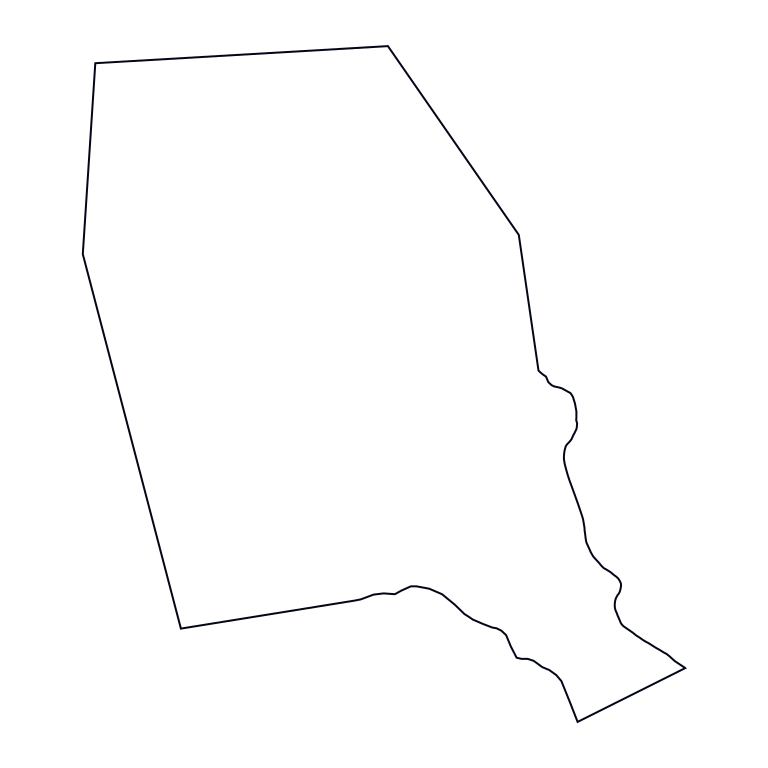 Catter Beaufond, Praslin, Saint Lucia
{"feature_id": "8701671B82105549024004", "entity_name": "Catter Beaufond", "entity_type": "district", "adm_level": 2, "iso_a3": "LCA", "parent_name": "Saint Lucia", "parent_adm1": "Praslin", "projection": "natural_earth1", "projection_center": [-60.942, 13.842], "detail": "fine", "context": "isolated", "style": "outline", "palette": "ink", "viewbox_px": 768, "rotation_deg": 0, "n_neighbors": 0, "source": "geoboundaries", "source_scale": "gbopen_adm2", "svg_char_len": 1778}
<svg xmlns="http://www.w3.org/2000/svg" viewBox="0 0 768 768"><path d="M180.9,628.6L354.6,600.6L360.7,599.4L373.6,594.6L383.7,593.4L394.9,594.2L401.4,590.6L410.9,586.3L416.3,586.3L429.2,588.7L442.0,594.2L454.6,604.5L464.4,614.0L468.8,616.8L472.9,619.6L483.1,624.0L492.2,627.5L496.6,628.3L501.4,630.7L506.1,635.1L510.9,646.6L516.6,657.7L521.7,658.9L527.8,658.9L533.6,660.8L542.4,667.2L549.2,670.0L556.3,675.1L561.4,681.1L570.2,702.9L577.6,721.9L685.2,668.1L684.4,667.4L682.3,666.1L674.9,661.2L669.3,656.1L666.5,653.9L663.8,652.5L659.6,649.9L655.7,647.7L653.5,646.3L650.4,644.3L648.3,643.0L645.8,641.7L642.5,639.7L640.2,638.0L636.0,635.3L633.1,632.9L625.3,627.5L623.3,626.1L621.6,624.2L620.6,622.6L619.4,619.5L617.7,615.7L616.7,613.0L615.4,610.0L614.9,607.8L614.7,604.7L614.9,602.7L615.2,600.6L615.9,598.2L617.5,595.2L618.6,593.9L619.7,591.9L620.5,589.1L621.0,586.1L621.0,584.2L620.6,582.6L619.0,579.6L618.0,578.3L616.4,576.8L613.7,574.8L610.6,572.2L605.8,569.2L604.0,568.3L602.6,567.0L600.7,565.0L599.3,563.2L597.3,561.0L595.6,559.2L593.1,556.3L590.8,552.3L588.8,547.7L588.1,546.3L586.8,543.4L586.2,541.7L585.6,538.1L585.3,535.3L584.6,530.4L584.5,527.8L583.7,523.0L583.1,519.5L582.5,517.3L581.1,513.0L577.9,503.6L575.7,497.5L573.4,491.1L571.3,485.3L569.4,480.2L567.6,474.6L566.1,469.3L564.7,463.9L564.0,459.7L563.9,457.0L564.2,453.0L564.7,450.0L565.8,446.1L567.3,444.0L568.5,442.9L570.4,440.7L571.6,439.1L572.5,437.0L573.5,434.8L574.4,433.3L576.4,429.1L576.8,427.4L577.1,423.2L576.2,420.2L576.4,417.7L576.4,411.5L575.0,403.6L572.9,396.8L570.6,393.2L561.8,388.3L559.0,387.5L554.1,386.4L551.5,385.1L548.3,382.1L546.0,376.6L543.2,374.7L540.6,372.6L538.5,370.6L518.8,234.9L387.9,46.1L384.8,46.3L95.3,63.2L82.8,254.1L180.9,628.6Z" fill="none" stroke="#020617" stroke-width="2"/></svg>